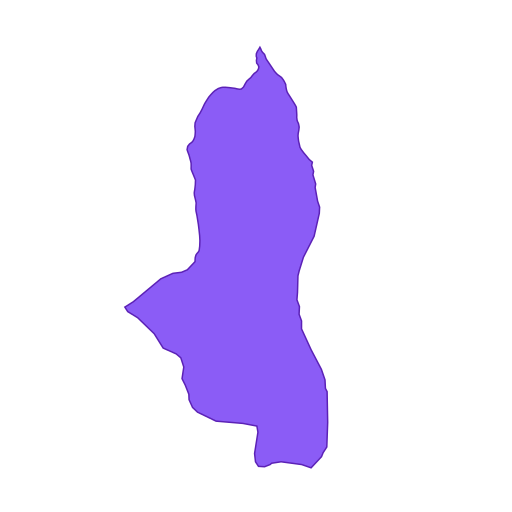 Sumpango, Sacatepéquez, Guatemala, rotated 14°
{"feature_id": "79465075B37174278421226", "entity_name": "Sumpango", "entity_type": "district", "adm_level": 2, "iso_a3": "GTM", "parent_name": "Guatemala", "parent_adm1": "Sacatepéquez", "projection": "albers", "projection_center": [-90.752, 14.664], "detail": "fine", "context": "isolated", "style": "filled", "palette": "violet", "viewbox_px": 512, "rotation_deg": 14, "n_neighbors": 0, "source": "geoboundaries", "source_scale": "gbopen_adm2", "svg_char_len": 2458}
<svg xmlns="http://www.w3.org/2000/svg" viewBox="0 0 512 512"><g transform="rotate(14 256 256)"><path d="M370.9,424.2L365.8,400.1L357.8,370.4L355.4,367.7L352.9,359.5L346.9,350.2L332.2,333.7L317.8,315.7L315.9,308.0L311.9,302.1L310.4,294.6L306.3,288.6L305.1,281.4L301.5,265.1L301.5,259.7L302.3,245.7L307.6,222.8L307.1,199.3L305.9,193.2L302.5,187.9L296.8,175.2L296.5,171.7L291.6,163.5L291.4,159.9L288.1,154.6L288.0,151.3L284.3,149.5L280.6,146.7L277.4,144.4L274.1,141.7L272.4,139.9L271.1,137.3L269.6,134.4L268.7,132.1L267.7,129.3L267.3,126.9L267.1,123.5L266.7,120.5L266.0,118.9L265.1,117.1L263.9,115.7L263.0,114.3L262.0,111.7L261.5,109.4L260.6,106.5L259.1,101.8L257.8,100.3L255.9,98.4L253.4,96.0L250.8,93.5L249.0,91.8L247.8,90.7L246.6,89.4L245.7,88.0L244.7,86.0L243.9,84.1L243.3,82.3L241.1,79.7L239.9,78.5L237.6,76.6L235.9,75.9L233.1,74.8L231.7,74.0L229.2,72.3L225.8,69.2L221.8,65.6L219.2,63.3L217.9,62.0L216.6,59.9L215.5,58.3L213.1,56.8L211.6,55.5L210.7,54.1L209.3,52.5L208.6,54.9L207.8,57.1L207.4,59.7L207.9,62.1L208.9,63.7L209.1,66.2L210.0,68.7L211.6,69.9L213.0,71.8L213.1,73.6L212.7,75.6L211.8,77.3L210.1,79.3L208.8,81.8L207.8,84.2L206.8,85.5L204.8,88.5L203.9,91.4L203.0,95.1L201.4,97.5L199.7,98.2L197.2,98.4L195.1,98.4L189.3,99.1L186.0,99.6L183.0,100.3L181.4,101.0L178.9,102.6L176.2,105.4L174.7,107.6L173.1,110.5L171.8,113.1L170.8,116.0L169.7,119.4L169.2,121.2L168.2,126.4L167.2,130.5L165.8,134.6L165.1,138.8L164.7,141.5L165.3,145.0L166.3,147.8L167.0,149.9L167.5,152.6L167.8,154.8L167.6,157.1L167.1,159.4L166.3,161.1L164.4,163.4L163.2,166.1L163.4,169.5L164.4,171.1L166.4,174.0L167.4,175.7L168.2,177.2L169.7,179.8L170.6,181.7L171.3,184.3L172.0,187.3L172.9,188.7L174.5,190.9L175.7,192.5L178.9,196.9L179.9,201.7L180.5,206.1L180.6,208.0L180.8,209.7L181.6,212.1L183.8,216.3L185.1,219.0L185.7,222.4L186.3,225.1L186.9,226.9L188.9,231.0L192.4,239.2L194.2,243.9L196.4,249.9L197.9,254.8L199.0,260.1L199.5,264.5L199.0,266.2L198.1,267.9L197.5,269.5L197.4,272.1L197.7,273.9L198.2,276.2L192.7,286.0L187.7,289.8L179.6,292.9L169.2,301.1L148.0,330.1L141.1,337.3L145.0,341.0L156.1,344.5L176.0,356.0L188.2,367.8L202.3,370.3L207.7,373.0L212.8,381.2L213.9,392.9L218.6,398.4L224.3,406.4L225.8,411.6L231.1,418.3L237.1,421.7L257.2,425.9L283.8,421.6L298.0,420.8L300.5,426.5L302.4,448.0L305.3,455.8L309.3,459.5L315.3,458.4L320.2,454.9L321.3,453.3L330.1,449.6L350.8,447.3L360.7,448.2L368.1,434.9L368.7,430.6L370.9,424.2Z" fill="#8b5cf6" stroke="#5b21b6" stroke-width="1.5"/></g></svg>